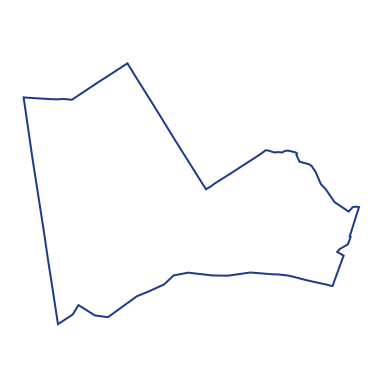 outline of Westchester, New York, United States of America, rotated 269°
{"feature_id": "52423323B83071826775288", "entity_name": "Westchester", "entity_type": "district", "adm_level": 2, "iso_a3": "USA", "parent_name": "United States of America", "parent_adm1": "New York", "projection": "equal_earth", "projection_center": [-73.743, 41.122], "detail": "fine", "context": "isolated", "style": "outline", "palette": "blue", "viewbox_px": 384, "rotation_deg": 269, "n_neighbors": 0, "source": "geoboundaries", "source_scale": "gbopen_adm2", "svg_char_len": 1217}
<svg xmlns="http://www.w3.org/2000/svg" viewBox="0 0 384 384"><g transform="rotate(269 192 192)"><path d="M62.2,55.7L71.6,70.6L80.9,76.5L70.3,92.7L68.3,105.8L80.1,122.7L88.7,135.0L93.7,147.8L100.2,162.7L108.9,172.1L111.4,186.9L108.2,211.1L107.7,226.4L110.5,249.0L108.3,271.1L108.1,276.6L106.7,287.2L105.5,291.8L102.3,303.2L101.1,307.8L96.8,325.9L95.7,329.6L95.6,330.9L116.2,338.8L125.7,342.5L129.5,336.1L132.4,338.7L136.9,346.9L142.7,349.2L144.4,349.8L144.8,348.9L165.4,355.8L174.0,358.7L174.5,355.8L174.0,352.2L172.2,350.8L169.7,348.3L179.4,334.3L192.4,325.8L197.6,321.0L210.0,315.9L216.0,312.0L217.7,309.5L220.4,300.0L227.4,297.0L228.7,297.7L229.8,296.2L231.8,288.6L231.1,284.8L231.0,284.6L229.9,282.9L230.4,279.1L230.1,275.0L232.0,269.4L232.5,266.7L232.2,266.0L228.4,260.7L224.3,254.2L219.4,246.2L215.6,240.1L211.9,234.3L205.7,224.1L200.2,215.0L197.2,210.9L194.5,206.0L211.0,196.0L240.3,178.3L244.2,175.9L253.4,170.5L279.1,155.3L284.4,152.1L305.2,139.5L307.9,137.9L314.9,133.8L320.6,130.4L321.8,129.7L311.4,113.1L303.2,99.8L286.3,73.5L287.3,65.2L287.0,59.6L287.3,52.5L289.2,28.6L289.5,25.3L229.7,32.9L167.4,41.5L158.3,42.8L124.8,47.1L108.5,49.4L62.2,55.7Z" fill="none" stroke="#1e3a8a" stroke-width="2"/></g></svg>